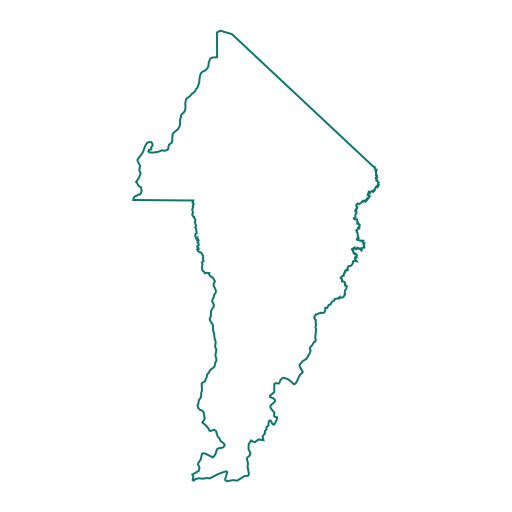 Canutama, Amazonas, Brazil
{"feature_id": "56859067B47239543659511", "entity_name": "Canutama", "entity_type": "district", "adm_level": 2, "iso_a3": "BRA", "parent_name": "Brazil", "parent_adm1": "Amazonas", "projection": "robinson", "projection_center": [-63.96, -7.456], "detail": "fine", "context": "isolated", "style": "outline", "palette": "teal", "viewbox_px": 512, "rotation_deg": 0, "n_neighbors": 0, "source": "geoboundaries", "source_scale": "gbopen_adm2", "svg_char_len": 6106}
<svg xmlns="http://www.w3.org/2000/svg" viewBox="0 0 512 512"><path d="M315.2,337.9L316.1,329.5L315.5,327.4L316.0,324.2L315.5,321.9L316.0,320.1L314.4,318.5L314.3,317.0L315.8,314.5L317.0,314.5L318.6,313.3L320.3,313.2L320.9,312.7L322.7,313.1L323.9,312.6L324.7,311.8L325.3,309.9L325.3,307.8L327.2,307.9L328.8,304.8L330.4,304.6L331.4,302.6L333.5,300.6L334.3,300.4L334.8,299.0L337.4,298.4L339.0,298.6L339.2,298.3L338.8,297.8L339.6,297.1L339.6,297.6L340.8,297.8L343.1,297.2L344.9,294.9L344.6,294.2L345.1,293.7L344.7,292.9L345.1,290.3L346.2,289.0L346.8,286.0L345.0,285.2L345.4,284.3L345.2,283.8L344.9,284.2L344.9,282.3L343.4,281.4L342.0,281.4L342.0,279.6L340.8,278.1L341.5,277.9L341.3,277.1L342.6,275.6L343.7,275.7L344.0,273.2L345.0,272.6L344.7,271.6L345.1,270.9L347.7,270.2L347.8,269.7L346.9,269.3L347.5,268.9L348.0,266.6L351.4,265.5L353.1,262.7L352.9,261.5L353.8,260.9L356.8,261.3L355.1,259.1L355.1,257.7L356.5,257.7L356.8,257.1L356.7,256.7L355.9,256.7L356.9,255.5L356.7,254.9L356.0,253.9L354.6,254.1L353.9,253.4L354.1,252.9L353.6,252.9L353.0,251.4L353.2,250.5L352.8,250.7L351.9,249.2L354.6,247.5L355.0,248.6L356.1,249.2L357.2,247.7L358.1,248.7L358.6,248.2L359.3,248.4L361.5,250.5L361.8,249.4L361.5,248.1L364.4,247.5L364.3,246.9L363.7,246.8L364.3,243.6L363.4,244.1L363.2,243.5L363.4,240.9L362.0,241.2L362.2,240.7L359.2,240.4L356.9,239.6L357.2,238.4L358.4,238.5L358.7,237.9L357.9,236.2L357.5,232.7L356.6,231.9L357.3,229.9L356.8,229.8L358.3,228.7L358.2,228.2L359.1,228.4L358.9,227.3L359.4,227.2L359.2,226.1L359.8,225.2L359.4,224.3L357.4,223.7L357.8,222.8L357.2,222.8L357.2,219.3L354.5,219.3L353.8,218.2L355.5,216.9L355.4,214.5L356.6,212.2L356.1,211.3L355.3,211.1L355.5,210.0L356.3,208.9L356.6,209.3L357.1,208.1L356.9,207.2L357.2,206.8L356.4,206.4L356.2,205.6L356.5,204.5L357.8,203.5L358.7,204.1L360.7,203.2L362.6,201.1L363.0,201.6L363.9,200.6L365.1,201.6L365.7,200.1L366.2,199.7L366.5,200.2L367.0,198.6L367.4,198.3L367.5,199.3L369.6,196.8L368.9,196.1L369.3,195.7L367.7,195.1L367.8,194.6L368.6,194.3L368.2,193.3L368.5,192.7L369.4,192.8L369.0,191.7L370.1,191.8L370.1,192.6L372.1,190.9L373.0,191.8L373.6,190.6L374.2,191.0L374.6,190.5L375.5,187.4L375.9,187.0L376.8,187.2L376.7,186.7L378.1,186.5L378.4,186.0L377.5,185.5L378.5,184.5L378.0,184.2L378.1,183.5L378.7,182.5L377.4,181.5L377.4,180.3L376.3,180.3L376.5,178.5L375.7,178.2L376.0,177.6L377.2,177.3L377.0,175.7L376.5,175.9L375.9,175.1L376.2,172.1L375.6,171.6L376.6,170.2L376.6,169.6L375.3,169.5L374.8,168.9L374.9,167.9L374.4,167.4L374.6,167.0L372.9,166.2L231.9,34.1L220.2,30.7L217.0,32.5L217.1,57.2L211.6,57.7L210.2,58.8L208.8,62.3L208.3,66.5L207.5,68.0L205.5,70.3L202.6,71.6L200.7,73.5L199.7,77.2L199.2,82.4L197.5,87.7L196.4,88.6L194.4,92.1L192.1,93.6L190.1,96.0L186.6,98.5L186.0,99.6L185.3,103.3L185.5,107.5L185.0,110.6L183.8,112.4L181.5,114.5L181.0,115.6L181.0,117.0L180.1,119.4L179.9,125.2L179.5,126.6L178.2,128.9L173.3,133.1L172.5,134.7L172.2,141.3L171.5,142.8L169.2,144.6L168.5,146.4L168.2,149.2L165.9,150.5L164.4,150.8L162.1,150.3L158.2,151.8L153.1,152.6L149.4,152.4L148.4,151.4L148.9,150.0L151.2,149.4L151.3,147.1L152.6,145.4L152.4,143.7L151.3,142.1L148.7,142.1L146.9,143.1L145.2,145.9L142.8,152.4L137.5,159.7L137.6,161.0L140.0,165.5L139.3,170.4L140.6,173.3L139.0,177.6L136.1,182.0L137.0,182.8L138.6,185.9L141.1,187.4L141.6,191.4L140.3,194.3L138.1,194.6L137.0,195.7L135.2,196.2L133.9,197.4L133.3,200.0L193.4,200.5L192.6,202.6L193.2,203.0L192.8,203.4L193.7,204.5L192.6,206.1L193.2,207.1L192.2,209.4L193.0,213.0L192.2,214.4L192.7,215.8L194.1,216.9L193.8,217.6L194.9,218.8L195.5,220.5L194.8,222.4L196.1,225.8L195.2,227.6L196.1,228.7L196.7,233.2L195.5,234.0L195.2,236.3L195.7,236.9L196.0,238.4L196.5,238.7L197.4,237.9L197.2,240.0L198.3,239.6L198.6,240.7L197.6,242.6L198.7,244.1L198.8,245.0L197.2,246.5L198.1,248.1L197.8,248.5L198.5,248.3L198.7,249.3L197.9,249.8L197.8,250.9L199.4,252.2L201.0,252.4L203.2,256.0L202.9,259.2L203.6,261.0L201.9,262.3L202.5,264.5L201.9,267.3L202.3,270.3L204.3,272.2L204.7,273.2L206.2,272.8L209.3,273.1L209.1,274.0L209.7,275.7L212.9,277.8L214.8,281.1L214.7,282.1L213.6,283.9L213.6,285.5L215.7,289.9L215.9,291.9L215.5,293.1L214.1,295.0L213.7,297.4L212.8,298.7L212.2,301.5L213.7,304.2L213.9,306.2L211.1,310.8L210.8,316.6L209.7,318.8L210.0,320.4L212.9,325.0L213.2,331.1L213.8,332.2L214.7,339.0L215.7,341.8L215.1,346.9L216.4,349.6L215.4,355.2L216.4,359.5L216.3,361.2L215.5,361.9L214.7,365.9L213.8,367.3L210.1,370.1L208.9,372.5L207.1,374.5L206.6,377.4L204.8,381.4L202.2,382.9L201.7,383.9L202.0,390.3L201.2,393.0L201.2,395.9L200.9,397.4L198.8,400.4L198.4,403.4L197.5,405.5L198.2,407.8L199.7,409.6L202.4,410.8L203.7,412.5L204.6,418.4L204.3,419.6L202.4,422.5L206.3,425.8L209.0,429.3L209.3,430.5L210.2,431.0L214.2,429.8L216.0,431.0L217.7,436.5L219.3,438.2L220.8,441.3L222.7,442.4L224.3,444.2L224.7,445.3L223.4,447.1L222.0,447.8L218.8,448.2L217.0,449.3L215.5,453.9L214.3,456.0L212.8,457.4L205.1,453.5L203.0,453.3L202.0,453.8L200.7,459.5L198.2,463.3L198.0,464.4L199.5,467.5L198.7,470.9L192.3,474.6L193.4,476.6L192.7,480.1L193.9,480.6L195.3,479.1L198.5,478.3L203.3,478.7L206.5,478.0L209.7,478.4L218.3,474.0L225.5,471.4L226.5,471.5L227.3,472.2L225.2,478.9L225.3,480.1L227.1,481.3L233.0,480.1L237.1,480.7L244.6,476.0L247.9,475.8L248.7,475.0L248.9,473.8L247.6,466.8L248.0,463.3L246.8,458.9L247.2,457.7L249.7,455.5L250.5,453.3L248.5,449.1L248.7,444.2L251.1,440.4L252.8,441.6L254.9,442.1L258.5,439.5L263.5,440.2L262.6,437.1L263.0,435.9L265.0,433.2L264.7,432.1L265.0,431.0L266.5,429.4L266.5,427.1L268.3,425.8L268.9,421.2L269.7,420.5L270.7,420.7L271.4,421.5L271.6,422.7L273.0,424.4L274.1,424.7L276.8,419.7L277.0,417.3L275.0,416.9L274.1,416.1L274.4,412.6L270.9,408.6L270.4,406.8L270.6,405.5L274.8,401.7L275.0,400.1L274.3,399.2L273.1,398.2L270.0,397.0L270.1,395.5L274.2,392.3L274.3,384.0L275.9,383.1L278.6,383.6L279.4,382.7L280.7,379.7L282.3,378.2L283.8,377.8L286.8,378.7L289.6,380.3L294.0,384.3L295.2,383.7L296.3,382.5L299.8,375.1L302.8,372.1L299.5,366.0L299.7,364.6L302.7,361.2L306.6,358.7L309.6,353.4L310.6,350.4L309.8,349.0L310.0,347.5L312.1,345.3L313.7,342.5L315.2,341.6L315.8,339.9L315.2,337.9Z" fill="none" stroke="#0f766e" stroke-width="2"/></svg>